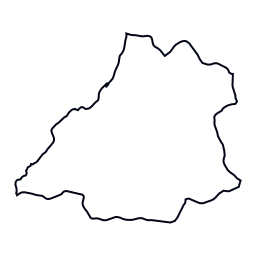 map outline of Benguela (Mercator projection)
{"feature_id": "AGO-1887", "entity_name": "Benguela", "entity_type": "Province", "adm_level": 1, "iso_a3": "AGO", "parent_name": "Angola", "parent_adm1": "", "projection": "mercator", "projection_center": [13.731, -12.811], "detail": "fine", "context": "isolated", "style": "outline", "palette": "ink", "viewbox_px": 256, "rotation_deg": 0, "n_neighbors": 0, "source": "natural_earth", "source_scale": "10m", "svg_char_len": 2818}
<svg xmlns="http://www.w3.org/2000/svg" viewBox="0 0 256 256"><path d="M17.2,195.1L17.2,194.9L16.3,193.7L16.2,193.1L16.3,192.7L16.6,192.3L16.6,189.5L16.4,188.2L15.6,185.3L15.4,184.0L15.6,182.5L16.2,181.1L17.1,180.1L18.4,179.7L20.2,179.5L20.8,178.9L21.3,178.0L22.5,176.7L23.9,175.9L25.0,175.7L25.9,175.2L26.6,173.6L26.7,172.7L26.5,172.1L26.2,171.5L26.1,170.8L26.3,170.2L27.1,169.3L27.3,168.7L27.8,167.3L30.3,166.0L30.9,165.0L31.1,164.0L31.6,164.0L32.2,164.3L32.6,164.4L34.3,163.3L34.4,163.2L35.9,162.5L36.9,161.8L42.6,154.3L45.1,152.5L46.0,151.6L47.5,149.2L52.8,143.0L54.0,140.6L54.0,138.3L53.2,135.9L52.0,133.3L51.3,130.5L52.4,128.3L56.4,124.1L58.4,122.9L64.1,117.5L66.4,116.2L67.1,115.6L68.6,113.0L69.1,112.3L71.6,110.0L73.1,109.2L74.8,109.0L74.9,109.3L76.8,109.6L77.8,110.2L80.5,107.5L81.6,107.1L83.1,107.3L84.6,108.5L86.1,109.0L89.2,108.4L91.7,106.4L95.6,102.2L97.5,100.8L98.3,99.7L98.6,98.3L98.8,94.6L99.1,92.9L99.8,91.3L101.5,88.7L106.9,83.4L107.5,83.4L107.5,84.0L106.6,84.3L106.0,84.9L105.9,85.6L106.3,86.5L107.7,85.1L109.4,82.3L112.3,79.1L113.1,77.8L115.2,70.8L117.7,65.5L118.7,62.7L119.6,56.5L120.3,55.1L121.5,53.8L122.5,52.3L123.4,50.7L124.1,48.7L125.5,39.9L126.3,37.2L126.5,35.4L126.3,33.5L130.7,34.8L132.9,35.1L135.0,35.1L142.3,36.4L147.3,35.8L149.2,36.1L150.9,36.9L151.9,38.6L152.7,42.8L153.3,44.8L154.5,46.4L158.5,48.8L160.6,50.7L164.8,55.9L170.2,51.9L174.4,46.1L176.2,44.5L180.3,42.0L182.4,41.2L184.5,41.0L186.2,41.2L189.2,43.3L197.5,54.6L199.9,59.4L202.5,63.0L207.7,64.6L210.6,64.5L214.3,63.3L216.4,63.2L218.4,63.8L226.3,67.9L227.8,69.3L228.6,70.9L229.1,72.4L231.0,73.7L232.9,74.0L232.5,85.1L232.7,86.9L235.4,95.5L235.4,97.6L237.0,101.5L235.4,103.9L231.7,104.3L228.7,105.1L226.7,106.0L224.6,107.2L222.9,108.6L221.5,110.8L217.3,113.3L215.5,114.7L214.3,116.6L214.6,120.7L214.4,123.0L214.7,125.4L217.1,131.9L218.0,136.2L220.8,141.6L222.7,144.4L223.1,145.6L224.3,151.1L224.7,155.8L224.1,157.5L223.7,159.1L223.5,161.2L224.0,163.3L225.0,165.5L227.7,170.0L229.8,172.0L234.3,175.3L237.1,178.4L240.6,180.5L238.7,186.9L229.2,191.2L227.3,191.2L223.5,190.7L219.1,193.6L215.8,197.3L213.7,199.1L211.7,200.2L203.2,203.2L199.8,203.2L192.8,200.3L189.4,198.8L188.3,198.6L185.6,199.3L185.4,201.6L185.1,203.1L183.7,204.9L177.7,217.0L175.0,220.8L170.5,222.5L151.5,220.1L148.4,220.2L146.3,219.8L142.0,218.2L140.6,218.1L138.5,218.3L132.0,219.9L127.8,219.9L125.1,219.5L122.8,218.9L120.8,217.9L118.0,217.1L115.8,216.9L106.6,220.1L103.9,220.3L102.6,220.0L99.3,218.8L96.7,218.3L92.4,218.7L90.7,217.9L89.7,216.2L87.3,212.1L84.2,207.9L83.1,205.8L82.5,203.8L82.8,201.7L83.8,197.7L83.7,196.2L82.5,194.7L66.4,191.0L64.1,191.4L62.8,192.6L61.5,194.1L60.0,194.9L50.6,198.6L48.2,199.1L46.1,198.6L42.4,195.9L36.2,195.0L32.0,193.7L24.1,192.2L21.6,192.5L20.0,193.2L17.2,195.1L17.2,195.1Z" fill="none" stroke="#020617" stroke-width="2"/></svg>